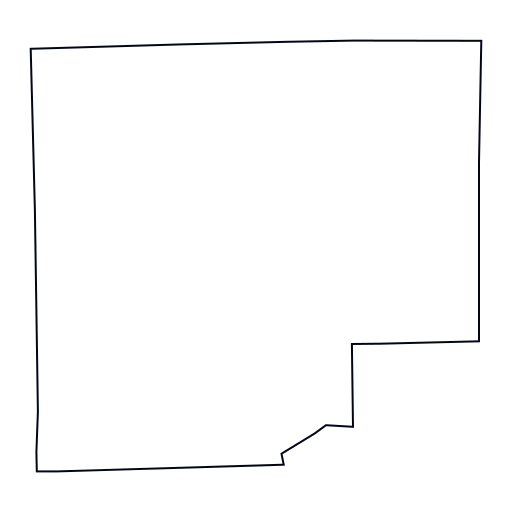 outline of Bartholomew, Indiana, United States of America
{"feature_id": "52423323B99748552425099", "entity_name": "Bartholomew", "entity_type": "district", "adm_level": 2, "iso_a3": "USA", "parent_name": "United States of America", "parent_adm1": "Indiana", "projection": "robinson", "projection_center": [-85.902, 39.193], "detail": "fine", "context": "isolated", "style": "outline", "palette": "ink", "viewbox_px": 512, "rotation_deg": 0, "n_neighbors": 0, "source": "geoboundaries", "source_scale": "gbopen_adm2", "svg_char_len": 376}
<svg xmlns="http://www.w3.org/2000/svg" viewBox="0 0 512 512"><path d="M30.7,48.8L34.9,210.5L37.9,411.6L36.4,451.9L36.8,471.4L57.3,471.4L283.7,464.7L281.5,453.7L298.6,443.3L314.6,433.5L326.0,425.2L353.0,426.8L351.9,344.0L380.5,343.7L479.0,341.3L479.0,162.3L481.3,40.8L352.9,40.6L287.0,41.8L180.8,44.4L95.7,46.9L30.7,48.8Z" fill="none" stroke="#020617" stroke-width="2"/></svg>